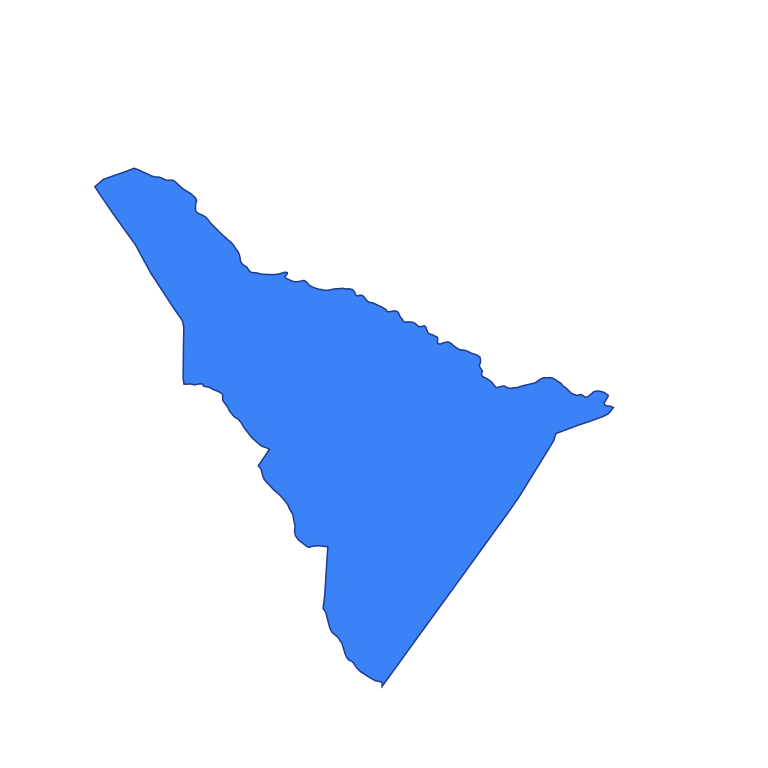 the district of Astacinga, Puebla, Mexico, rotated 251°
{"feature_id": "50627088B26484919164415", "entity_name": "Astacinga", "entity_type": "district", "adm_level": 2, "iso_a3": "MEX", "parent_name": "Mexico", "parent_adm1": "Puebla", "projection": "mercator", "projection_center": [-97.094, 18.555], "detail": "fine", "context": "isolated", "style": "filled", "palette": "blue", "viewbox_px": 768, "rotation_deg": 251, "n_neighbors": 0, "source": "geoboundaries", "source_scale": "gbopen_adm2", "svg_char_len": 4394}
<svg xmlns="http://www.w3.org/2000/svg" viewBox="0 0 768 768"><g transform="rotate(251 384 384)"><path d="M287.1,593.2L289.2,591.0L290.5,588.0L292.1,586.0L294.4,586.0L295.8,587.6L297.5,589.7L298.8,591.3L300.3,592.4L304.5,589.3L306.7,586.1L308.2,582.7L308.4,579.7L307.4,577.4L306.2,574.4L305.5,572.4L306.1,569.9L308.9,567.9L310.0,566.7L310.4,562.6L313.8,558.4L317.8,556.3L320.2,555.3L324.1,552.4L326.7,551.7L330.2,549.0L334.4,545.7L336.1,542.9L336.8,540.1L338.0,537.0L337.8,533.8L337.0,531.1L335.9,527.5L336.2,524.0L336.7,518.9L337.2,514.2L337.3,509.1L338.1,505.7L338.6,502.2L340.6,499.2L343.0,497.1L343.8,492.7L343.7,490.3L344.1,488.9L346.9,487.7L350.2,486.7L353.4,484.8L356.0,482.7L357.8,480.7L359.8,479.2L362.1,479.6L364.2,481.3L367.0,480.5L369.0,480.1L370.6,480.3L373.0,482.2L375.4,483.1L378.1,483.5L381.0,481.4L384.8,476.5L386.6,474.8L388.9,472.3L390.3,470.0L391.2,467.8L392.5,466.0L394.7,464.2L398.1,462.0L400.8,460.5L402.9,458.4L403.4,455.7L403.7,452.8L403.4,450.3L404.7,447.9L406.9,448.4L408.8,449.3L410.6,449.8L414.6,446.0L415.8,444.2L418.2,442.2L421.7,442.0L423.9,442.2L425.9,441.1L426.2,437.8L426.9,435.3L429.5,434.2L431.7,432.7L433.6,430.3L435.0,426.5L435.5,424.3L437.0,422.7L439.4,422.4L441.8,421.2L443.5,421.1L446.3,420.9L448.5,419.9L449.9,417.4L450.2,414.8L450.7,412.2L451.5,410.7L454.1,409.8L457.2,407.4L459.2,405.1L462.5,401.8L464.5,399.7L465.3,397.9L466.4,396.2L468.7,394.9L470.8,394.1L472.8,393.5L474.4,392.6L475.6,391.0L475.9,389.8L475.8,388.1L476.3,387.0L477.1,386.3L479.4,386.3L482.0,385.8L484.0,384.5L485.5,381.6L486.2,379.1L487.5,376.9L488.4,374.5L488.8,372.5L489.6,369.8L490.3,367.1L490.4,364.7L491.0,361.1L491.8,358.6L493.7,355.6L494.7,353.4L496.2,351.4L498.1,348.8L500.4,346.5L503.1,344.7L504.8,344.4L506.2,343.5L508.0,342.1L508.3,339.0L508.9,335.6L509.4,333.5L510.9,331.0L513.2,328.6L514.6,326.8L516.2,325.6L517.4,325.3L518.4,326.1L519.1,327.5L519.5,328.3L520.7,328.8L521.7,327.5L522.1,325.4L522.1,322.4L522.4,319.5L522.9,316.8L523.8,314.1L524.8,311.2L527.5,304.5L529.0,301.9L530.5,300.0L531.8,296.7L532.9,294.6L535.5,293.3L539.2,292.3L542.0,290.0L544.4,288.7L546.3,288.4L548.0,288.5L550.3,289.1L554.2,289.3L556.9,289.0L560.0,287.9L563.3,287.2L567.5,285.7L571.1,283.3L575.2,281.2L579.3,278.8L583.3,277.0L587.3,275.0L592.7,272.4L596.9,271.0L599.8,269.7L602.5,267.6L604.8,265.0L607.1,262.9L609.3,262.3L612.4,263.3L615.5,264.5L618.5,266.6L621.4,266.3L627.1,263.2L630.3,260.5L633.8,257.6L637.0,255.8L640.1,254.1L644.1,251.9L645.6,250.5L646.3,248.2L647.1,245.7L647.8,244.1L650.8,241.2L653.0,238.5L654.4,234.7L656.5,231.8L659.2,229.2L660.6,227.7L662.9,225.1L665.5,222.6L667.9,219.8L669.3,218.1L669.0,206.9L668.9,185.5L664.7,174.8L657.8,176.6L650.2,178.7L643.5,180.5L634.9,182.8L625.2,185.7L613.4,189.2L600.0,193.3L596.6,194.3L581.8,196.7L572.7,198.3L565.0,199.5L557.7,201.4L547.3,204.0L539.7,205.9L530.3,208.3L523.9,209.9L509.5,214.0L502.8,213.2L491.4,209.0L483.4,206.1L475.5,203.3L469.9,201.3L464.1,199.2L455.2,196.1L449.0,194.8L448.1,197.1L447.2,200.8L444.6,205.0L444.7,206.8L444.0,209.9L443.5,211.4L443.0,212.5L440.8,212.6L438.5,216.4L438.1,217.3L434.4,220.7L431.9,223.7L429.5,226.2L427.3,228.0L423.4,227.0L421.0,226.2L418.0,227.1L412.7,228.7L408.4,229.2L402.8,231.3L401.5,231.9L398.6,234.5L398.1,234.7L397.3,235.0L394.4,236.2L387.9,237.6L381.6,239.7L375.9,241.7L370.7,244.7L366.7,246.9L363.9,249.4L361.8,252.3L359.5,254.3L354.6,247.9L347.6,238.5L343.6,240.1L337.7,239.5L332.9,239.6L328.1,241.6L324.2,243.3L319.6,245.4L313.8,248.8L309.7,250.7L306.0,252.2L301.2,253.7L296.8,254.0L290.0,255.3L283.9,254.3L277.9,253.4L274.3,251.6L269.2,250.9L264.3,252.3L261.6,254.2L258.7,256.1L255.5,258.1L253.9,259.9L253.9,263.7L253.0,266.7L252.5,269.3L250.7,273.0L248.4,277.9L237.4,273.3L225.5,268.3L215.8,264.3L203.8,259.3L191.5,253.3L187.1,254.7L181.1,254.1L176.0,253.7L171.9,253.4L169.2,253.4L165.8,254.2L163.0,255.9L158.5,258.4L156.0,258.7L152.6,259.8L147.1,259.6L141.6,259.4L137.7,259.7L134.5,260.8L132.3,263.2L130.1,264.3L124.5,265.8L120.0,267.9L113.9,272.6L109.7,276.1L106.2,279.3L104.0,283.2L102.5,285.1L98.7,283.7L109.1,298.6L128.6,326.3L162.4,374.6L168.9,383.9L176.4,394.6L182.5,403.2L188.3,411.5L196.1,422.6L202.2,431.3L205.8,436.4L212.4,445.8L216.9,452.3L221.5,458.9L226.8,466.1L233.3,475.0L268.6,518.1L275.0,525.8L281.2,530.5L281.8,554.2L281.7,568.3L281.9,576.4L281.9,580.4L282.6,585.7L283.5,587.7L287.1,593.2Z" fill="#3b82f6" stroke="#1e3a8a" stroke-width="1.5"/></g></svg>